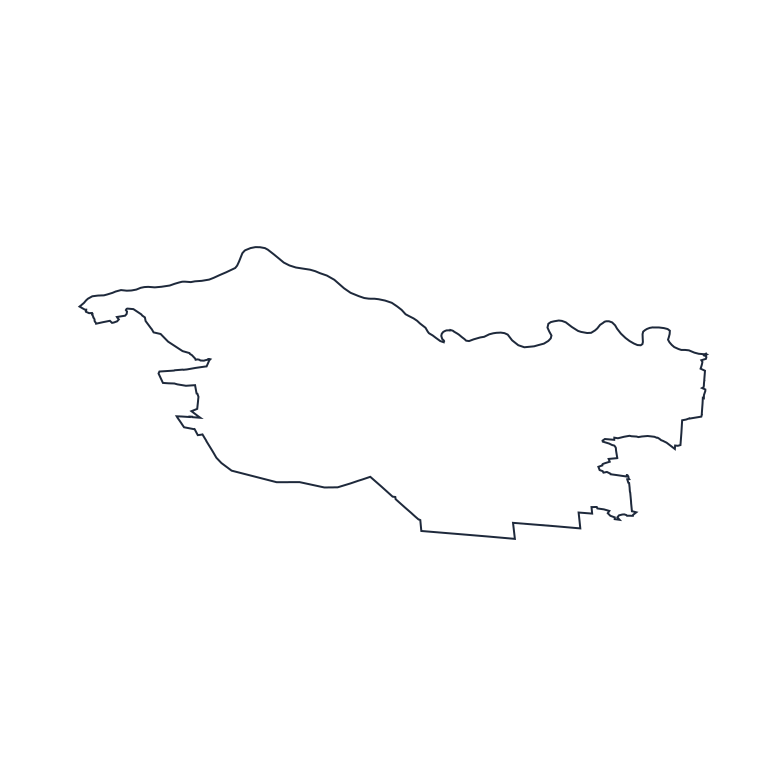 outline of Inčukalna pag., Incukalna, Latvia, rotated 16°
{"feature_id": "27541924B15420953468382", "entity_name": "Inčukalna pag.", "entity_type": "district", "adm_level": 2, "iso_a3": "LVA", "parent_name": "Latvia", "parent_adm1": "Incukalna", "projection": "natural_earth1", "projection_center": [24.654, 57.105], "detail": "fine", "context": "isolated", "style": "outline", "palette": "slate", "viewbox_px": 768, "rotation_deg": 16, "n_neighbors": 0, "source": "geoboundaries", "source_scale": "gbopen_adm2", "svg_char_len": 5992}
<svg xmlns="http://www.w3.org/2000/svg" viewBox="0 0 768 768"><g transform="rotate(16 384 384)"><path d="M355.2,499.9L367.9,496.1L379.2,488.8L385.8,484.2L389.6,481.7L396.4,477.0L410.0,483.4L423.3,489.9L426.0,489.5L426.9,491.5L432.7,494.3L437.9,496.8L446.5,500.8L446.4,500.8L450.5,502.8L454.6,504.7L455.3,504.6L456.4,504.8L459.2,512.0L460.4,515.0L484.0,510.3L495.0,508.1L513.1,504.5L526.2,501.9L552.5,496.8L546.3,481.9L588.4,473.4L612.5,468.7L609.8,462.0L606.5,453.9L619.8,451.2L617.4,445.1L622.4,443.6L623.4,444.8L629.9,443.9L635.6,443.9L634.7,446.5L637.9,448.3L642.6,448.6L643.0,450.3L647.9,449.6L645.1,447.8L646.1,445.5L649.0,443.8L650.9,443.1L653.1,443.2L654.0,443.7L655.0,443.3L659.6,442.1L659.5,441.1L661.9,437.8L658.2,437.9L657.4,438.0L654.9,431.7L654.6,431.0L653.8,428.7L650.6,420.5L650.2,420.0L649.4,418.0L648.7,416.0L646.9,411.6L646.1,411.6L644.1,408.6L645.9,407.9L645.3,407.4L644.7,406.4L644.4,405.6L643.1,404.5L642.5,404.6L642.5,406.1L632.1,407.5L626.7,408.3L626.4,407.8L622.5,407.1L619.4,408.7L618.2,407.5L615.0,407.3L612.9,404.5L616.3,402.1L616.1,401.7L616.1,401.2L616.3,400.7L616.9,400.2L618.4,399.1L622.4,396.5L620.6,394.1L628.6,391.0L628.7,390.9L627.8,389.1L625.4,384.0L624.5,381.6L624.2,381.2L623.2,380.3L622.4,379.8L622.1,379.7L620.2,379.8L616.8,379.2L610.2,379.1L609.7,378.2L611.5,376.0L620.7,374.2L620.2,372.1L623.8,371.7L629.4,368.5L634.3,366.1L636.3,366.0L641.3,364.9L643.2,364.9L643.4,364.8L646.3,363.4L651.8,361.3L658.5,360.2L661.1,360.5L661.8,360.2L664.0,360.8L665.8,361.6L668.1,361.8L669.0,362.0L671.8,362.5L681.5,366.3L680.8,362.9L683.5,362.4L685.8,361.0L683.3,348.8L680.6,336.7L684.2,334.9L687.1,332.8L687.3,333.0L698.0,327.9L698.0,326.0L697.9,326.0L696.9,321.3L695.6,315.0L694.3,309.4L695.4,309.5L694.6,306.5L694.8,302.1L694.4,300.7L690.9,300.2L691.1,300.0L691.7,299.5L692.0,299.1L692.1,298.7L692.0,298.2L691.9,297.5L691.9,297.2L691.5,295.7L691.1,293.6L691.0,292.7L691.0,292.4L691.0,292.2L690.8,292.1L688.9,282.8L684.1,282.0L684.2,279.5L684.2,277.5L684.0,275.0L682.5,273.7L686.5,271.1L686.5,269.5L686.2,269.2L686.1,268.9L686.1,268.7L685.9,268.5L685.9,268.4L685.7,268.3L684.5,268.4L684.0,268.4L683.7,268.4L683.3,268.1L684.2,268.0L684.7,267.8L685.6,267.1L686.0,266.7L685.8,266.7L685.2,266.0L683.8,267.1L680.6,267.7L678.2,268.2L673.7,268.3L667.8,267.6L663.8,268.3L660.4,269.3L657.5,269.2L652.8,268.5L649.8,267.1L646.9,265.2L644.8,263.1L644.9,260.7L644.8,257.2L644.1,254.0L641.5,253.0L637.7,253.1L632.5,253.9L629.6,254.8L626.5,255.6L624.0,256.8L621.6,258.6L620.1,260.2L618.7,262.2L618.8,264.8L619.9,268.2L621.3,272.3L621.4,274.4L620.1,276.0L616.9,276.7L613.0,276.2L608.2,275.0L603.5,273.2L597.9,270.3L592.8,266.6L590.0,263.9L586.3,261.9L583.0,261.7L580.4,262.4L578.8,263.4L577.8,264.8L575.4,267.6L573.7,271.8L572.1,274.3L569.0,277.7L565.2,279.0L559.1,279.6L555.9,279.5L548.8,277.4L541.7,274.6L537.6,274.3L534.5,274.8L530.1,276.9L527.3,278.5L525.4,280.8L525.6,284.7L528.4,288.0L531.6,291.2L531.7,294.2L530.1,297.3L526.6,301.1L521.6,304.1L517.9,306.4L508.8,310.0L502.4,309.7L495.1,306.7L489.3,302.4L485.8,301.9L482.1,302.4L478.0,303.8L475.1,305.1L471.5,307.2L467.3,311.0L463.7,312.7L457.8,316.4L453.9,319.3L451.0,319.7L448.9,318.6L446.0,317.5L442.4,315.9L440.5,315.3L436.6,314.3L436.2,314.0L435.7,313.9L435.0,313.8L434.3,313.8L432.7,313.8L432.6,314.4L431.3,314.6L429.2,315.3L427.8,316.4L426.6,317.6L425.7,319.7L425.8,322.0L427.6,324.7L429.2,325.5L429.9,326.1L430.0,326.3L429.8,326.7L429.9,327.4L426.2,327.2L424.6,326.6L421.0,325.3L417.4,323.9L413.2,322.8L411.6,321.6L408.4,318.5L401.9,315.9L398.4,314.1L394.4,312.8L389.2,311.8L385.5,311.0L380.5,307.9L375.5,305.9L369.1,303.8L362.0,303.5L355.4,304.0L351.1,304.7L346.2,306.1L341.3,306.8L335.5,306.5L327.2,305.6L326.6,305.5L319.2,303.0L307.5,297.5L299.2,295.5L291.7,295.1L286.8,294.5L281.4,294.5L274.4,295.4L267.2,296.3L260.4,296.1L254.2,294.9L242.5,289.8L235.3,286.9L232.1,286.2L227.0,286.7L222.6,287.9L218.3,290.1L213.7,293.7L213.1,294.6L211.8,297.3L210.9,306.3L210.2,310.7L209.0,313.5L201.4,320.2L196.0,324.6L191.0,328.9L187.2,331.8L180.3,335.1L174.0,337.4L170.2,339.3L164.4,340.5L161.8,341.3L159.2,342.8L155.1,345.4L150.9,348.4L143.2,351.9L137.0,354.3L130.6,355.6L126.9,356.9L123.6,358.6L119.9,361.5L115.5,363.7L111.1,365.2L105.3,366.2L100.5,369.1L97.9,371.2L93.3,374.2L90.3,376.0L88.7,376.5L84.5,377.9L79.4,380.1L75.9,383.6L74.6,385.7L73.2,388.8L70.0,393.5L71.7,393.9L72.4,394.1L76.1,395.0L77.3,394.6L77.4,394.9L77.4,396.6L77.5,396.7L81.0,397.2L83.8,396.2L84.3,396.7L84.1,396.8L84.0,397.1L84.0,397.3L84.2,397.7L85.6,399.0L85.9,399.4L86.0,399.6L86.3,400.3L86.6,400.4L87.1,400.8L87.7,401.4L88.0,401.9L88.2,402.3L88.2,402.6L88.4,403.1L88.7,403.5L89.1,403.9L89.9,404.4L90.2,404.7L90.6,405.4L96.7,402.1L103.1,398.8L105.7,400.2L107.3,399.4L110.2,397.3L111.3,395.0L109.7,394.0L108.8,393.2L116.3,389.7L117.3,387.6L117.0,385.2L115.5,384.1L115.9,382.7L116.7,382.2L122.5,381.1L131.6,384.0L132.6,384.8L135.8,385.9L137.5,389.2L144.7,394.7L145.6,395.3L148.3,397.9L155.5,397.5L164.8,402.8L181.3,407.9L188.5,407.9L189.2,408.6L191.4,409.2L195.6,411.7L196.2,412.6L198.1,411.7L199.9,411.6L200.7,411.9L201.1,412.0L204.5,411.2L205.5,410.5L207.7,409.3L207.9,409.1L207.8,408.9L208.0,408.6L208.5,408.3L209.5,408.1L210.2,408.1L209.8,408.8L209.6,409.4L209.4,410.2L208.9,414.0L208.6,416.0L207.3,416.5L198.6,420.4L190.6,424.3L187.1,425.7L186.7,425.6L179.0,428.5L178.6,428.9L175.9,429.9L164.7,433.9L164.5,435.1L164.4,436.1L165.3,437.1L171.2,443.9L176.8,442.7L182.3,441.3L185.4,441.3L194.1,440.3L202.7,437.2L205.8,443.5L206.5,444.8L207.3,444.8L209.2,447.5L209.6,449.9L210.0,451.9L211.3,459.4L210.8,459.8L206.4,463.2L214.2,466.2L216.7,467.1L208.9,468.7L208.7,468.3L206.1,468.9L206.3,469.3L198.1,471.1L193.6,472.2L195.0,473.5L198.0,475.9L201.3,478.7L203.7,480.7L213.7,479.8L214.2,479.5L214.4,479.6L219.1,484.5L222.3,483.1L223.4,482.5L226.5,485.4L226.6,485.5L228.8,487.5L228.9,487.8L235.6,493.9L238.1,496.2L243.2,501.1L249.5,504.8L261.4,509.3L307.8,508.0L309.3,507.6L329.8,501.6L355.2,499.9Z" fill="none" stroke="#1e293b" stroke-width="2"/></g></svg>